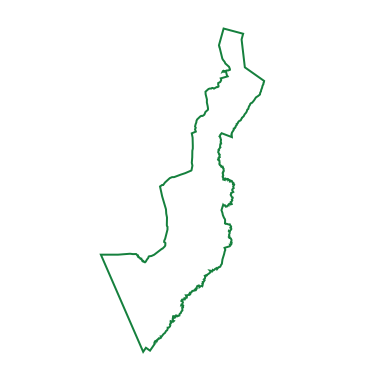 Narok South, Rift Valley, Kenya, rotated 34°
{"feature_id": "3690345B7468975008705", "entity_name": "Narok South", "entity_type": "district", "adm_level": 2, "iso_a3": "KEN", "parent_name": "Kenya", "parent_adm1": "Rift Valley", "projection": "robinson", "projection_center": [35.805, -1.359], "detail": "fine", "context": "isolated", "style": "outline", "palette": "green", "viewbox_px": 384, "rotation_deg": 34, "n_neighbors": 0, "source": "geoboundaries", "source_scale": "gbopen_adm2", "svg_char_len": 6070}
<svg xmlns="http://www.w3.org/2000/svg" viewBox="0 0 384 384"><g transform="rotate(34 192 192)"><path d="M133.6,56.5L133.7,56.4L142.6,64.5L144.1,65.2L146.1,65.8L147.8,66.8L152.7,67.5L154.8,69.0L155.1,69.5L154.0,71.0L152.9,71.8L152.7,72.5L152.4,72.5L152.0,73.1L151.5,73.4L151.4,73.9L150.3,73.9L150.0,74.6L150.1,75.1L150.4,74.5L151.4,74.5L151.7,73.8L152.8,73.5L153.4,73.7L155.5,75.6L156.9,76.2L152.3,81.7L153.0,82.1L153.7,83.1L153.9,85.0L152.8,87.0L153.7,88.4L154.8,89.3L155.0,89.8L154.6,90.7L153.8,91.2L152.4,94.0L151.2,94.1L150.5,94.5L150.1,95.5L148.9,96.3L148.1,97.3L147.1,101.3L148.6,103.3L152.6,106.9L154.2,109.4L157.2,112.3L158.9,114.2L159.2,115.0L158.4,118.1L159.0,121.0L158.4,122.7L157.9,123.3L157.1,123.7L156.6,124.8L155.7,128.9L155.9,130.4L156.7,132.0L157.0,133.5L157.9,136.0L159.2,136.7L159.4,138.3L161.4,139.8L159.0,143.5L162.1,146.6L166.8,153.2L168.4,155.6L169.2,157.6L172.8,163.1L175.5,167.9L177.6,169.9L179.4,174.2L179.4,174.6L175.8,180.2L172.8,184.1L168.9,189.6L167.1,190.9L165.8,193.0L164.3,199.2L164.2,202.3L163.3,202.9L162.4,205.3L169.7,212.3L180.1,220.9L182.8,224.4L185.5,227.1L189.7,233.6L190.3,234.2L191.1,234.5L192.7,236.9L195.9,245.8L196.2,247.8L196.7,248.8L197.0,249.1L197.8,249.0L198.5,249.2L199.8,251.4L199.8,252.6L199.2,255.5L198.8,255.9L195.7,265.2L194.1,267.8L192.4,269.3L192.2,269.7L192.6,271.3L192.4,273.1L192.6,275.5L192.3,276.6L191.0,276.8L190.5,276.5L190.3,277.0L189.2,276.9L188.8,276.3L187.9,276.2L187.3,275.6L186.6,276.2L185.8,275.8L184.1,276.0L183.9,275.5L183.3,275.6L182.7,274.8L182.1,275.1L182.0,274.9L180.3,274.7L177.8,276.5L175.2,277.8L166.0,285.1L151.5,294.9L240.9,351.8L240.9,346.9L245.9,347.0L246.0,338.6L245.2,338.3L244.9,337.0L245.2,336.9L245.0,336.0L245.4,335.6L245.7,334.5L246.2,335.0L246.1,333.9L246.3,331.8L246.5,331.7L246.7,332.1L247.7,330.3L246.9,329.3L247.6,329.1L247.8,325.8L248.4,323.8L248.2,321.9L248.7,320.4L248.2,318.7L247.7,318.1L248.5,317.5L248.9,315.8L248.5,314.5L247.8,314.2L247.7,313.8L247.9,312.0L247.4,312.2L246.8,311.5L247.0,311.2L246.7,310.9L248.9,310.0L249.1,309.0L248.5,309.1L247.0,308.2L246.8,307.5L245.8,305.6L246.5,304.9L246.9,304.9L247.3,306.2L247.6,306.3L248.1,305.7L247.8,303.2L248.7,302.9L249.3,303.3L250.6,301.4L250.2,300.9L250.0,300.2L250.1,299.2L250.4,298.6L250.0,297.0L250.3,295.6L248.6,293.4L249.0,293.1L249.1,292.7L248.7,292.4L248.3,291.1L248.0,291.0L246.5,292.1L246.2,291.1L246.6,290.7L246.2,288.6L245.0,287.8L244.6,288.2L244.1,288.3L244.0,288.0L244.0,286.7L245.8,285.3L245.2,284.7L245.1,284.3L246.1,284.1L246.3,282.7L246.7,282.4L246.4,281.8L245.7,281.8L244.7,281.1L245.5,280.6L246.8,279.1L246.7,277.6L247.6,278.1L247.7,277.6L247.0,276.2L247.6,275.5L247.6,273.8L248.7,272.9L249.0,271.1L249.7,271.7L250.1,271.3L249.9,269.3L249.3,268.8L249.0,267.0L249.6,266.6L249.6,266.0L250.0,265.6L250.8,265.9L251.4,266.7L252.0,265.0L252.6,264.3L253.2,264.3L252.8,263.0L251.8,262.3L251.8,261.9L252.1,261.6L251.2,260.6L251.4,260.3L251.8,260.2L251.8,258.2L251.4,258.1L251.1,257.3L250.8,257.4L251.0,256.3L250.4,254.9L249.6,254.4L249.9,254.1L249.7,254.0L249.8,253.6L250.8,253.3L250.9,253.0L250.5,252.8L251.5,250.6L252.1,248.5L251.8,247.5L250.8,247.2L251.5,246.9L252.2,247.1L252.3,246.8L253.0,246.7L252.9,245.9L252.8,245.2L253.3,245.3L253.6,244.9L253.9,244.2L254.2,242.8L254.9,241.4L255.9,242.0L256.1,239.5L256.8,239.0L257.2,238.0L256.9,236.8L256.9,234.8L255.0,231.0L253.3,225.4L252.4,223.2L252.0,221.4L250.2,220.1L253.6,215.9L253.7,215.0L252.9,214.4L253.6,214.0L253.8,213.3L253.2,211.9L252.7,212.0L252.9,212.5L252.5,212.3L252.2,211.6L252.3,211.0L251.6,209.7L250.1,208.8L249.3,208.8L248.8,209.2L247.8,208.8L248.0,208.3L247.8,207.7L247.4,207.7L246.7,206.9L246.2,204.9L245.7,204.4L244.4,203.9L244.3,203.6L245.1,203.6L245.4,203.3L245.1,202.6L245.4,201.6L245.3,200.7L244.6,200.0L243.8,200.1L243.8,198.9L242.9,198.4L242.3,198.3L241.4,197.7L240.6,198.4L238.4,199.0L238.0,199.5L236.9,199.6L235.4,197.1L234.6,196.2L232.8,195.4L230.4,193.8L228.9,192.3L226.6,190.6L225.0,185.2L225.8,185.5L226.3,185.2L226.6,184.6L228.3,185.2L228.6,184.6L229.0,184.5L229.2,183.2L229.9,182.7L229.3,181.9L229.6,180.6L230.2,180.0L231.0,180.6L231.7,179.8L229.8,178.5L230.1,178.0L230.1,176.5L229.3,176.1L229.2,174.6L228.8,173.8L227.9,173.9L225.6,172.7L225.5,171.7L225.0,171.1L226.2,168.9L224.4,168.1L224.1,167.7L224.0,166.9L224.4,165.5L223.1,164.5L222.9,162.3L222.7,162.2L222.1,162.8L221.7,162.8L221.3,162.4L221.3,161.4L219.9,161.2L218.8,160.6L217.8,160.9L217.7,161.1L218.2,161.6L217.6,162.1L217.2,161.4L216.5,161.0L215.8,161.2L215.4,161.9L214.9,161.2L214.5,161.1L214.0,161.4L213.9,162.0L213.3,162.4L212.3,162.1L212.0,162.2L211.6,162.7L211.6,163.1L212.2,163.8L210.9,164.2L210.6,163.5L210.0,162.9L209.5,162.8L209.2,162.1L208.6,161.8L208.6,160.7L207.1,159.5L207.1,158.9L206.7,158.7L206.8,158.2L206.5,157.9L206.6,156.7L205.9,156.2L205.3,155.1L204.2,154.8L204.0,154.3L203.6,154.2L203.3,153.9L202.5,154.6L202.0,154.2L201.8,154.5L201.1,154.1L200.5,154.1L200.4,153.9L199.7,153.9L198.9,153.4L198.8,152.7L198.7,152.5L198.4,152.2L197.2,150.7L196.8,150.4L196.2,150.8L195.5,150.6L195.5,150.0L195.0,149.2L195.4,148.8L195.2,148.2L195.5,147.5L194.6,147.0L194.6,146.6L194.1,145.5L193.2,145.5L193.0,145.1L191.5,144.4L191.2,143.8L191.2,143.5L190.7,142.7L191.0,142.6L191.0,142.2L190.4,141.9L190.5,139.2L190.2,139.2L188.8,136.7L189.1,135.7L188.4,135.4L188.4,134.8L187.4,133.9L187.0,132.7L186.7,132.3L185.7,131.7L185.2,131.1L183.7,130.5L183.9,129.8L183.5,129.0L183.7,126.7L194.4,124.2L193.5,123.1L192.7,122.6L192.7,122.0L192.3,121.7L192.2,121.0L191.9,120.5L191.9,117.6L191.3,116.4L191.6,116.3L191.5,115.9L191.8,115.2L191.5,114.9L191.8,113.8L191.4,112.9L191.6,111.2L191.0,110.7L191.5,109.5L191.2,108.5L191.5,106.4L192.0,106.0L192.3,105.2L192.0,103.3L192.1,102.9L191.9,102.5L192.5,100.4L192.2,98.2L192.5,95.8L192.2,94.0L191.8,92.8L192.2,91.7L191.4,89.4L191.3,87.0L191.0,86.3L191.4,85.0L191.9,84.4L192.2,81.3L192.1,77.9L193.1,75.5L193.8,73.2L193.0,71.4L192.9,70.0L192.3,68.7L191.8,66.4L191.1,64.6L190.8,62.4L190.3,61.8L190.3,61.1L189.7,59.6L166.1,59.1L147.8,37.8L145.9,32.2L126.8,38.8L132.3,55.3L133.6,56.5Z" fill="none" stroke="#15803d" stroke-width="2"/></g></svg>